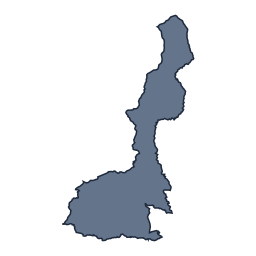 Perisani, Vâlcea, Romania
{"feature_id": "2599482B30849620277031", "entity_name": "Perisani", "entity_type": "district", "adm_level": 2, "iso_a3": "ROU", "parent_name": "Romania", "parent_adm1": "Vâlcea", "projection": "equal_earth", "projection_center": [24.456, 45.453], "detail": "fine", "context": "isolated", "style": "filled", "palette": "slate", "viewbox_px": 256, "rotation_deg": 0, "n_neighbors": 0, "source": "geoboundaries", "source_scale": "gbopen_adm2", "svg_char_len": 5918}
<svg xmlns="http://www.w3.org/2000/svg" viewBox="0 0 256 256"><path d="M159.7,238.1L162.0,237.1L161.7,236.5L159.1,235.1L158.3,234.0L157.7,233.8L157.7,233.6L159.1,233.2L159.5,232.6L159.3,232.3L158.0,232.2L158.5,231.5L158.2,231.1L157.4,231.1L156.4,230.6L151.2,231.9L150.6,232.5L150.0,232.2L149.5,232.6L149.5,231.3L150.3,227.0L149.9,223.6L147.5,217.0L148.5,214.4L149.6,213.1L149.7,212.7L149.2,211.8L149.0,210.2L149.6,208.8L146.0,206.4L145.3,204.3L145.4,203.7L145.7,203.8L146.3,204.7L147.9,205.6L152.8,205.2L153.6,205.6L153.4,206.3L153.5,206.7L154.8,208.0L158.8,208.0L159.4,208.6L160.1,208.3L160.8,208.6L163.0,209.9L164.0,210.1L164.8,209.9L164.9,210.6L165.6,210.9L165.9,212.0L166.6,213.1L168.0,212.6L172.1,213.1L171.4,210.7L170.5,210.4L169.6,209.6L169.6,208.5L170.3,207.3L170.3,206.5L168.6,205.6L167.7,204.1L167.7,203.4L169.0,203.3L168.9,202.3L168.4,201.7L166.6,201.2L166.7,200.2L165.3,198.4L165.3,198.1L165.8,197.5L166.7,197.5L166.8,197.1L165.6,195.1L165.8,194.2L164.3,193.6L164.0,192.5L163.6,192.2L163.4,191.1L163.9,190.2L164.5,190.0L169.2,190.1L170.2,190.4L171.0,187.8L170.9,186.5L169.5,184.6L169.0,183.5L169.0,182.0L166.9,179.2L165.0,178.0L164.8,177.7L165.4,176.7L163.7,175.8L163.7,175.5L164.7,174.9L164.7,174.3L162.0,174.3L161.7,174.0L161.4,172.6L162.3,171.8L162.3,171.5L161.1,166.9L161.2,165.4L160.7,164.6L158.4,163.3L158.0,162.7L158.1,161.3L157.9,160.7L156.9,160.1L156.4,159.4L157.4,157.8L156.9,156.9L156.7,156.1L157.7,154.5L155.5,153.2L157.0,151.9L157.5,149.7L156.8,148.4L155.7,147.1L155.1,146.0L154.6,143.9L154.8,143.4L153.7,141.2L154.1,139.6L154.9,138.1L154.0,136.2L154.4,135.7L154.4,135.0L155.0,133.9L155.1,132.5L154.8,131.3L155.5,129.0L155.4,128.3L156.0,127.5L155.0,126.1L156.6,124.6L156.1,122.6L156.4,122.4L157.3,122.8L158.0,121.0L157.9,120.3L158.4,119.9L159.7,120.1L160.7,119.5L163.3,119.3L164.6,118.5L167.8,119.8L168.6,119.6L169.2,118.9L170.6,119.7L171.0,119.4L171.6,118.1L171.9,118.0L173.7,119.1L174.1,119.8L174.7,119.2L174.6,118.1L175.7,118.3L176.6,117.1L177.7,117.3L179.0,114.4L180.8,113.7L181.2,112.3L182.2,111.9L183.4,110.0L183.6,109.3L182.7,108.8L182.4,108.2L183.9,106.4L183.0,103.6L184.1,102.7L183.4,101.4L183.6,99.5L184.1,98.7L183.8,97.5L184.2,95.7L185.0,94.5L185.5,91.3L185.1,90.6L184.1,89.6L183.7,88.6L182.7,87.9L182.4,87.1L180.9,85.3L181.0,84.3L180.5,83.0L179.3,82.2L178.6,82.2L177.4,79.0L176.9,79.0L176.6,79.7L176.2,79.5L175.9,78.3L174.8,76.3L175.8,75.0L175.1,73.8L175.5,73.1L176.3,72.7L176.9,71.7L177.6,71.3L177.7,70.2L178.0,69.6L179.5,68.9L180.3,67.8L182.3,67.9L182.4,66.9L184.2,66.0L184.7,64.6L185.7,64.3L186.4,63.7L187.7,64.3L188.4,64.2L189.0,63.0L189.9,62.5L191.7,59.7L193.0,59.6L193.7,58.5L192.9,56.6L193.0,55.6L192.3,53.8L192.3,53.2L190.8,52.1L190.6,51.1L190.1,50.1L190.2,49.3L189.3,47.1L189.5,46.3L189.1,45.8L189.1,44.9L188.0,43.3L187.9,41.0L186.8,36.8L187.1,36.3L186.9,33.5L187.6,30.3L187.6,29.1L185.2,25.9L184.4,24.4L183.7,23.9L182.4,20.7L179.7,19.2L178.9,18.4L178.0,18.0L176.7,16.1L175.5,15.4L171.0,16.8L169.4,18.4L168.7,19.8L166.3,20.7L165.7,21.3L165.3,22.1L163.8,23.3L160.0,24.4L158.4,25.9L158.1,26.5L157.3,26.8L158.4,27.5L159.6,29.7L161.3,31.4L161.8,35.7L162.3,37.7L163.8,39.4L164.3,41.4L164.3,43.6L164.0,45.4L164.3,47.7L163.9,51.2L161.7,53.5L161.3,54.7L162.2,59.0L161.7,62.2L161.1,63.1L158.9,64.9L158.2,68.4L157.5,69.2L156.3,69.8L153.4,70.2L150.5,72.2L147.8,73.6L146.8,74.7L146.9,77.7L146.2,79.7L146.5,81.3L145.3,83.1L144.8,85.3L144.2,86.3L144.2,87.4L145.1,88.9L144.0,90.0L144.4,91.2L144.3,92.2L141.9,95.0L140.6,98.0L139.7,98.5L138.6,101.3L139.0,102.5L139.3,105.1L137.5,108.0L136.0,108.8L133.9,108.7L133.4,109.0L133.1,109.7L132.3,110.0L127.8,110.2L126.5,111.1L125.9,112.5L126.7,114.2L128.0,115.5L127.9,116.5L129.7,118.0L129.8,119.0L130.3,119.7L130.5,120.6L133.2,122.3L133.7,123.5L135.9,125.5L134.8,128.7L135.2,129.6L136.5,130.6L136.6,131.8L136.0,134.7L134.7,137.5L134.3,138.9L133.8,139.7L134.3,142.4L134.8,142.7L133.8,144.0L132.4,145.1L132.4,146.3L133.1,147.5L133.1,149.0L133.4,149.5L137.7,150.5L138.6,151.4L139.5,153.3L137.0,154.7L135.5,157.0L136.0,160.0L135.6,160.7L133.9,161.4L133.8,161.6L134.2,162.0L133.4,162.1L134.0,163.0L133.1,163.4L133.1,164.5L134.1,166.7L132.1,167.6L129.6,169.9L126.7,171.0L125.1,172.6L123.1,172.6L121.2,171.9L119.8,172.0L119.4,172.2L119.4,172.7L118.1,173.3L115.9,172.0L115.5,171.4L114.1,171.0L112.9,171.8L111.3,171.5L108.7,171.7L108.1,172.0L108.1,172.5L105.8,173.6L97.8,176.9L98.1,177.8L97.5,178.9L97.0,179.2L95.4,179.6L94.2,180.2L92.4,180.5L90.5,180.4L88.5,182.4L87.4,182.7L85.7,182.7L83.4,181.6L83.8,182.4L82.7,184.1L79.3,186.7L78.4,186.9L75.9,188.7L75.6,189.6L76.3,189.8L78.0,189.7L79.2,190.8L77.7,191.7L77.4,192.1L78.1,193.1L77.7,194.3L77.9,196.2L78.3,196.8L78.2,197.8L77.8,198.1L76.6,197.7L75.3,198.5L74.2,198.1L73.5,198.2L73.2,198.8L72.2,199.4L72.2,200.0L71.6,200.9L69.4,202.7L69.1,204.4L69.4,205.2L68.5,207.0L69.2,208.5L70.9,210.4L70.3,214.2L67.8,217.4L67.2,219.6L65.2,221.7L64.4,223.3L62.3,224.2L65.9,224.1L66.6,224.6L68.6,224.4L70.1,223.7L71.8,223.9L72.3,224.9L73.9,224.7L73.9,225.7L74.8,227.1L74.5,228.0L75.2,230.2L76.0,231.4L76.2,232.4L81.6,233.5L83.1,234.6L83.2,235.1L83.1,235.7L84.1,236.1L85.9,236.0L87.0,235.0L88.9,235.0L89.1,235.2L89.5,234.9L93.0,235.8L93.4,235.6L93.5,234.9L95.0,235.8L96.9,236.4L97.1,237.5L97.8,238.1L98.9,238.6L101.4,238.3L101.9,238.6L102.4,239.3L102.1,240.0L102.8,240.6L105.3,240.3L105.9,240.0L107.0,239.0L108.5,238.9L109.4,238.5L110.6,238.6L112.3,237.7L113.3,237.8L114.3,237.4L115.5,237.6L116.7,237.4L117.3,236.7L117.9,237.3L119.0,237.4L120.1,236.5L120.1,236.1L120.7,235.6L120.9,234.5L122.7,234.1L124.6,235.8L126.0,236.1L126.9,237.3L129.6,237.1L130.4,237.4L130.9,237.3L130.8,236.7L131.9,236.9L132.7,236.8L133.2,237.1L134.8,236.9L136.2,237.4L137.8,238.4L139.4,237.9L140.8,238.0L141.9,237.7L143.0,238.1L143.4,237.9L145.9,239.7L147.6,238.9L147.9,239.0L148.2,239.6L148.3,238.9L150.2,238.9L151.6,240.0L154.4,240.6L156.5,239.9L157.8,238.8L159.1,238.6L159.7,238.1Z" fill="#64748b" stroke="#1e293b" stroke-width="1.5"/></svg>